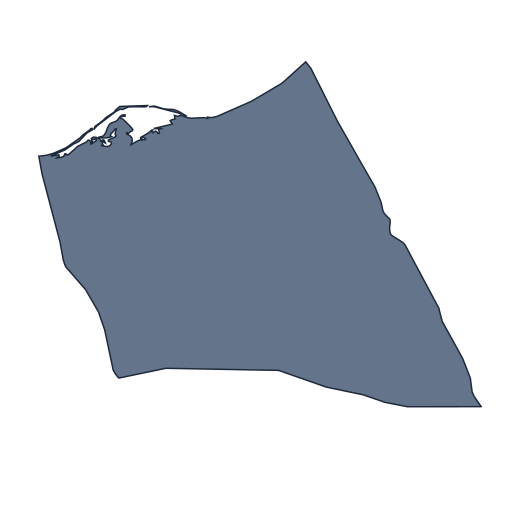 SVG path tracing the border of Shamal Sina', rotated 351°
{"feature_id": "EGY-1558", "entity_name": "Shamal Sina'", "entity_type": "Governorate", "adm_level": 1, "iso_a3": "EGY", "parent_name": "Egypt", "parent_adm1": "", "projection": "mercator", "projection_center": [33.332, 30.402], "detail": "fine", "context": "isolated", "style": "filled", "palette": "slate", "viewbox_px": 512, "rotation_deg": 351, "n_neighbors": 0, "source": "natural_earth", "source_scale": "10m", "svg_char_len": 3068}
<svg xmlns="http://www.w3.org/2000/svg" viewBox="0 0 512 512"><g transform="rotate(351 256 256)"><path d="M343.9,92.9L345.7,98.4L352.5,119.9L358.0,137.0L364.7,154.6L373.5,178.2L384.3,206.5L388.0,222.6L388.4,230.9L389.5,234.4L392.2,238.2L394.0,240.7L393.9,243.4L392.3,249.4L392.0,253.0L392.3,255.3L393.6,257.2L403.0,265.5L405.0,268.4L410.7,285.0L421.0,314.7L427.7,334.1L428.2,335.2L428.5,336.4L428.6,337.6L428.6,338.8L429.7,349.8L437.3,370.7L444.1,389.6L448.6,410.2L448.2,424.0L449.5,428.8L453.4,437.1L454.9,439.9L454.7,440.0L382.1,428.6L360.4,420.7L340.2,409.9L304.9,396.5L260.4,372.5L149.4,352.8L101.5,355.1L100.2,353.2L98.7,350.5L97.1,346.3L95.0,305.4L91.7,286.7L82.5,262.7L66.5,237.1L66.2,236.2L65.6,233.5L65.0,229.4L64.6,211.4L57.5,141.2L57.1,123.6L57.1,123.4L57.4,123.5L65.1,123.7L72.4,122.8L85.3,119.4L100.8,111.7L103.8,109.4L110.9,105.8L112.9,104.3L114.1,104.3L114.1,105.8L108.5,107.9L98.8,115.3L93.2,116.9L83.7,121.4L68.7,125.2L77.1,125.2L77.1,126.6L74.7,128.0L80.0,128.0L82.0,127.2L83.1,125.2L84.2,125.2L84.3,126.4L84.9,126.6L85.6,126.4L86.6,126.6L97.3,119.7L106.3,116.9L108.1,115.4L109.2,115.4L109.9,116.5L112.4,117.1L111.8,118.1L110.5,118.3L110.5,119.7L112.3,119.0L116.4,116.9L116.4,115.4L111.7,115.4L111.7,114.1L114.0,113.1L117.0,113.9L119.7,115.9L121.3,118.3L121.7,119.4L122.1,121.4L122.4,122.5L120.0,122.5L125.8,124.6L128.5,124.4L130.8,122.5L130.8,120.9L129.1,120.0L128.3,119.7L128.3,118.3L135.1,116.5L136.7,115.4L135.9,113.9L136.2,112.4L137.2,110.7L137.9,108.5L136.7,108.5L135.6,109.8L132.0,112.6L131.4,113.4L130.9,114.0L130.9,114.6L132.0,115.4L129.7,115.9L125.7,115.9L121.6,115.2L118.8,114.1L124.1,113.6L127.0,110.5L129.2,106.4L132.0,102.9L134.1,101.9L138.4,101.1L140.4,100.1L143.7,96.9L145.8,95.9L148.7,96.0L148.7,97.3L143.9,97.3L143.9,98.6L146.1,100.2L152.3,108.5L154.2,111.9L153.4,113.0L151.2,113.6L148.7,115.4L148.5,114.9L148.5,114.3L148.3,114.0L147.4,114.1L147.4,115.4L150.3,117.4L151.9,120.0L151.8,123.1L149.9,126.6L156.1,124.1L159.4,123.3L161.7,123.7L162.9,123.5L163.7,123.5L165.2,123.7L165.2,122.5L162.9,120.9L161.7,120.9L161.7,122.5L160.6,122.5L160.6,120.9L169.8,117.3L172.4,115.4L173.7,115.4L172.4,116.9L173.7,118.3L174.9,117.1L176.4,117.0L177.6,117.9L178.3,119.7L179.6,119.7L179.8,118.0L179.7,115.9L179.5,115.6L182.0,115.4L180.3,114.5L178.6,114.8L177.0,114.6L174.9,114.1L194.0,112.6L192.4,108.9L194.7,108.2L197.4,108.0L197.4,104.3L199.3,105.2L199.9,105.8L201.1,105.8L203.4,105.1L210.4,108.8L213.6,109.8L226.3,111.2L229.7,112.6L229.7,111.2L233.7,112.4L239.4,112.0L275.3,102.6L308.9,89.3L335.2,72.2L335.5,72.0L339.8,79.8L340.8,83.2L343.9,92.9ZM140.4,89.7L144.9,87.0L172.4,90.4L171.3,91.3L169.1,91.3L163.7,90.3L158.5,89.5L153.4,88.8L147.4,90.4L144.6,89.8L140.0,91.4L119.1,102.7L115.4,105.8L117.4,102.7L121.5,100.7L124.8,98.9L127.0,97.6L129.3,95.9L138.4,91.7L140.4,89.7ZM192.1,97.3L197.4,98.4L202.0,100.9L209.5,107.1L205.8,104.4L178.7,92.6L173.7,91.8L179.1,92.0L188.1,96.3L192.1,97.3ZM123.0,119.3L122.4,118.3L121.5,118.3L122.7,117.3L123.8,117.6L124.5,118.9L124.9,120.9L123.0,119.3Z" fill="#64748b" stroke="#1e293b" stroke-width="1.5"/></g></svg>